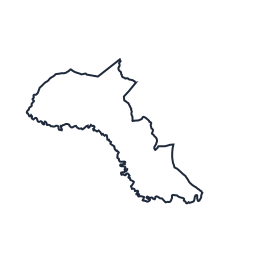 the district of San Marcial Ozolotepec, Oaxaca, Mexico, rotated 300°
{"feature_id": "50627088B61246931399510", "entity_name": "San Marcial Ozolotepec", "entity_type": "district", "adm_level": 2, "iso_a3": "MEX", "parent_name": "Mexico", "parent_adm1": "Oaxaca", "projection": "orthographic", "projection_center": [-96.411, 16.032], "detail": "fine", "context": "isolated", "style": "outline", "palette": "slate", "viewbox_px": 256, "rotation_deg": 300, "n_neighbors": 0, "source": "geoboundaries", "source_scale": "gbopen_adm2", "svg_char_len": 5745}
<svg xmlns="http://www.w3.org/2000/svg" viewBox="0 0 256 256"><g transform="rotate(300 128 128)"><path d="M90.2,32.5L90.6,33.9L89.5,35.8L88.9,36.5L88.9,36.9L89.3,37.5L90.7,37.6L90.4,38.4L90.0,39.2L88.7,39.5L88.2,40.0L88.2,40.7L88.1,41.8L88.8,42.1L89.6,42.3L90.5,42.8L90.8,43.6L90.4,44.6L88.9,46.2L88.6,46.9L88.8,47.9L89.1,48.3L90.3,49.1L90.4,49.9L90.1,50.7L89.2,51.3L89.0,51.8L88.9,53.2L89.5,53.6L90.0,52.9L90.9,52.7L92.1,52.9L92.1,53.8L91.5,54.9L90.9,55.7L90.2,56.2L90.3,56.7L90.9,57.4L91.2,58.0L91.3,58.9L91.0,60.4L91.7,61.8L91.8,62.5L92.4,63.4L93.1,64.1L93.9,64.5L94.4,65.3L94.6,66.4L94.3,67.4L93.2,67.8L92.1,69.0L92.2,69.7L92.5,70.3L92.9,71.7L93.8,71.4L94.6,70.1L96.2,68.9L96.4,69.7L97.7,70.0L98.4,70.8L100.4,72.2L101.0,73.2L101.3,74.1L101.4,75.1L101.2,75.8L100.7,76.1L100.2,78.0L100.3,79.0L100.9,79.7L101.9,80.2L102.9,80.9L103.8,81.9L103.4,82.7L103.2,83.4L103.0,83.7L102.9,85.7L103.2,86.4L104.4,87.9L104.0,89.1L104.4,89.4L105.4,90.0L106.4,90.2L107.2,90.6L108.2,90.8L108.7,91.0L109.9,92.0L108.9,92.7L108.5,93.6L109.2,94.2L110.7,94.2L112.1,94.3L111.8,95.9L112.5,96.8L112.7,97.3L112.4,98.2L112.1,98.5L110.5,98.7L109.7,98.3L109.0,99.0L108.8,99.6L109.6,100.0L109.6,101.6L109.5,102.9L111.2,103.8L110.4,106.6L109.9,107.2L109.2,108.7L110.3,109.2L109.8,110.4L109.6,111.6L110.8,112.2L111.0,113.2L109.9,114.3L107.6,116.0L107.8,116.7L108.3,117.4L107.5,118.0L107.4,120.3L106.0,120.4L105.6,120.7L105.4,121.7L105.3,125.3L104.4,125.7L104.1,126.4L103.3,126.8L103.0,127.3L102.8,128.3L102.5,128.6L102.9,129.6L102.4,130.1L102.6,131.0L102.4,131.9L102.1,132.3L101.5,132.2L99.5,132.3L98.4,133.1L97.8,133.1L97.0,133.5L96.7,134.2L96.9,134.9L96.6,135.7L95.8,136.1L95.1,137.0L94.9,137.5L94.9,138.0L96.0,140.1L96.8,141.1L97.1,141.8L97.2,142.4L96.7,142.9L95.9,142.4L95.4,142.4L95.0,143.1L94.2,141.7L93.6,141.3L92.7,139.8L91.9,139.8L91.4,140.4L91.5,141.3L92.4,142.9L92.9,144.5L92.6,145.5L91.9,145.7L90.5,145.7L89.9,146.2L91.9,147.9L91.6,148.1L90.0,148.1L89.6,147.3L88.9,146.9L87.9,147.0L86.7,145.1L86.0,144.4L85.3,144.6L84.8,145.0L84.4,145.5L84.3,145.9L84.8,146.3L85.3,146.9L85.5,147.4L85.4,148.2L85.6,149.1L86.0,149.5L86.9,149.5L87.6,149.3L88.3,150.1L88.4,150.7L88.1,151.9L87.4,153.2L86.5,152.9L85.5,153.0L85.2,153.7L85.6,154.9L84.7,155.4L84.2,156.0L84.2,156.7L84.4,157.6L84.4,159.5L84.2,160.1L82.3,160.2L80.5,160.1L79.4,159.7L78.8,159.8L78.6,160.5L78.1,161.0L77.3,161.9L78.1,162.8L78.3,163.4L78.2,164.3L76.9,165.6L77.9,166.9L78.5,167.8L78.1,168.5L76.8,168.9L76.4,168.4L75.9,168.2L75.3,168.2L74.8,168.4L74.9,168.9L75.9,170.2L76.1,170.7L75.6,170.9L74.7,170.5L74.3,170.6L74.0,171.3L74.2,171.8L74.9,172.4L75.3,173.0L75.5,173.8L75.7,174.2L76.1,175.6L76.2,176.4L75.1,176.7L74.3,176.8L72.8,176.8L72.7,177.4L73.3,178.4L73.4,179.2L73.7,179.9L73.7,181.3L74.4,182.1L75.6,182.9L76.4,183.0L76.9,182.8L76.9,182.0L76.7,180.5L76.8,179.6L77.1,178.8L77.9,178.8L78.3,179.1L78.3,181.0L78.5,182.1L79.6,183.1L79.8,184.0L79.7,184.4L79.3,184.7L79.6,186.7L80.4,186.8L81.9,186.2L83.0,186.8L83.3,188.1L83.4,188.8L83.2,189.8L83.1,190.8L84.0,192.8L83.8,193.5L83.4,194.4L82.7,196.7L82.5,197.8L83.9,199.3L84.4,200.6L85.5,201.4L86.6,201.5L88.2,201.2L88.8,201.2L89.5,201.0L90.2,200.7L91.2,199.9L91.8,199.9L92.6,200.5L93.4,202.7L93.8,203.3L94.1,204.4L93.9,205.1L93.8,206.9L94.1,208.2L94.8,210.4L94.8,211.8L94.3,212.3L93.4,212.4L93.0,212.7L93.1,213.8L92.8,214.9L92.2,215.5L92.1,216.5L92.5,217.0L93.1,217.3L94.1,217.6L94.0,218.8L96.2,220.8L96.9,221.3L98.0,221.6L99.2,221.3L101.7,220.3L103.3,220.2L103.7,220.4L104.1,220.7L104.3,221.2L103.8,222.0L102.8,222.5L101.9,222.8L100.2,224.7L99.9,225.0L100.0,225.5L100.8,226.1L103.0,226.1L104.2,226.1L106.7,225.0L107.4,224.9L109.0,224.8L109.1,224.3L109.9,223.2L109.9,221.4L110.0,221.2L110.2,220.5L110.3,218.4L110.7,216.3L110.6,214.8L110.8,212.1L111.4,209.3L112.0,207.6L112.9,206.3L115.2,201.6L115.6,198.7L116.5,194.9L117.3,190.9L117.1,188.0L118.8,186.3L120.4,184.3L124.7,180.9L127.5,179.3L130.0,178.0L133.2,176.6L136.4,175.6L134.8,173.2L130.8,169.3L127.4,163.5L125.3,163.4L122.7,162.6L122.7,162.1L123.7,160.8L124.9,160.3L128.3,160.4L129.0,160.1L130.9,159.8L131.3,159.6L131.9,159.2L133.0,158.2L133.5,157.3L133.9,156.3L134.0,155.3L134.9,153.3L134.9,152.2L135.3,151.4L137.7,151.1L138.3,150.8L138.9,150.5L139.2,149.9L139.4,148.5L139.8,148.2L140.7,147.2L142.0,146.1L143.8,145.7L144.2,145.1L144.2,144.4L144.0,143.5L144.6,143.0L144.9,142.1L145.2,140.8L145.7,138.0L145.5,136.0L145.0,135.5L144.5,135.3L143.1,135.5L142.2,135.1L140.5,133.8L139.4,132.8L138.4,131.1L136.4,128.5L136.6,128.1L137.4,127.9L140.3,125.9L141.3,124.3L142.3,123.7L144.2,123.0L145.7,121.3L146.4,121.1L147.2,119.5L147.7,119.0L148.0,118.4L149.5,116.2L149.7,115.7L149.7,114.5L150.0,112.7L150.0,111.0L153.2,108.7L160.2,110.3L171.0,112.1L170.9,112.0L171.7,110.5L171.6,109.3L171.8,108.3L170.6,104.6L170.7,103.8L170.9,103.3L170.6,102.2L169.9,101.6L169.5,100.8L169.7,99.9L169.4,98.4L169.5,97.3L170.1,96.6L170.9,96.1L171.2,95.2L172.6,94.2L173.0,93.7L173.1,92.6L173.6,91.1L174.5,90.1L175.3,89.7L176.3,89.5L176.8,89.8L177.8,89.5L178.7,89.0L179.1,88.7L179.5,87.9L180.4,87.8L182.0,88.2L183.3,86.6L157.5,76.2L153.6,65.5L154.0,64.4L153.8,63.8L152.7,62.6L151.9,61.8L151.1,60.7L151.1,59.7L150.1,55.1L149.9,53.7L149.9,51.0L150.2,49.9L150.1,49.1L149.8,48.8L147.4,48.1L146.3,47.3L145.4,47.0L144.4,46.2L143.4,45.2L142.3,43.2L140.2,40.7L138.8,38.8L138.0,38.3L136.9,38.1L135.2,37.4L134.0,36.6L133.0,36.2L132.3,35.7L129.7,35.3L127.9,34.7L126.5,33.7L122.5,32.5L121.7,32.4L119.8,31.7L118.4,31.4L114.4,32.2L112.7,32.3L110.9,31.7L110.6,31.4L110.1,30.4L109.7,30.0L109.0,29.9L108.3,30.2L108.1,30.6L107.5,31.1L106.8,31.2L105.7,30.8L104.9,31.2L104.7,32.3L104.3,33.1L101.6,32.6L100.5,32.5L99.6,33.3L98.8,33.5L96.2,32.4L95.1,32.6L94.2,32.9L93.5,32.5L92.7,32.3L90.3,32.6L90.2,32.5Z" fill="none" stroke="#1e293b" stroke-width="2"/></g></svg>